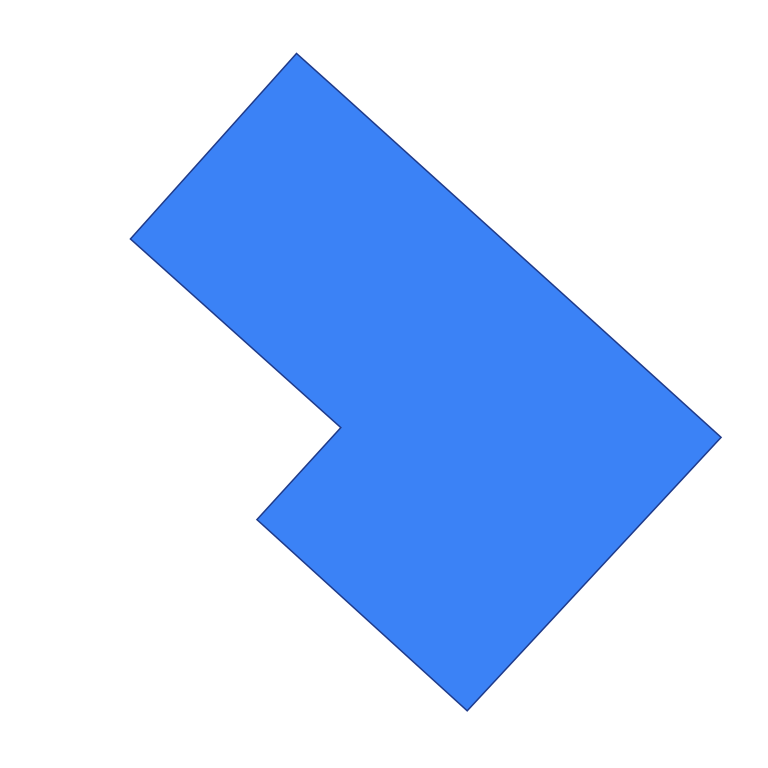 the district of Menominee, Wisconsin, United States of America, rotated 42°
{"feature_id": "52423323B25535404345073", "entity_name": "Menominee", "entity_type": "district", "adm_level": 2, "iso_a3": "USA", "parent_name": "United States of America", "parent_adm1": "Wisconsin", "projection": "robinson", "projection_center": [-88.76, 44.987], "detail": "fine", "context": "isolated", "style": "filled", "palette": "blue", "viewbox_px": 768, "rotation_deg": 42, "n_neighbors": 0, "source": "geoboundaries", "source_scale": "gbopen_adm2", "svg_char_len": 287}
<svg xmlns="http://www.w3.org/2000/svg" viewBox="0 0 768 768"><g transform="rotate(42 384 384)"><path d="M489.4,197.5L157.1,196.8L97.8,196.9L98.2,322.7L98.5,445.9L381.1,445.3L380.3,569.8L664.5,571.2L670.2,198.1L489.4,197.5Z" fill="#3b82f6" stroke="#1e3a8a" stroke-width="1.5"/></g></svg>